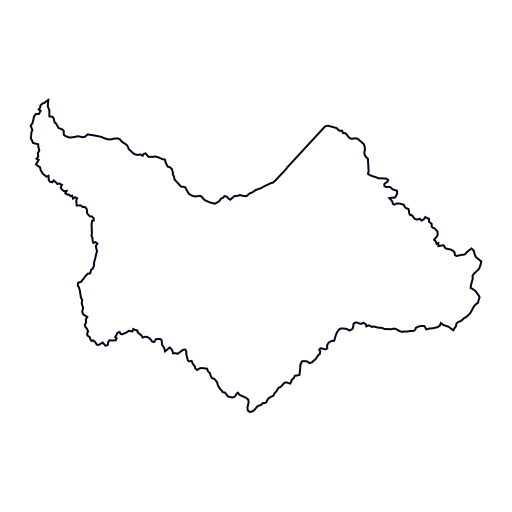 Araguapaz, Goiás, Brazil (Natural Earth projection)
{"feature_id": "56859067B52575065331829", "entity_name": "Araguapaz", "entity_type": "district", "adm_level": 2, "iso_a3": "BRA", "parent_name": "Brazil", "parent_adm1": "Goiás", "projection": "natural_earth1", "projection_center": [-50.464, -15.136], "detail": "fine", "context": "isolated", "style": "outline", "palette": "ink", "viewbox_px": 512, "rotation_deg": 0, "n_neighbors": 0, "source": "geoboundaries", "source_scale": "gbopen_adm2", "svg_char_len": 5992}
<svg xmlns="http://www.w3.org/2000/svg" viewBox="0 0 512 512"><path d="M325.0,126.5L287.5,167.1L286.5,168.6L284.6,170.7L275.0,180.9L272.9,182.7L271.2,183.0L264.0,186.4L261.1,188.1L255.7,190.0L253.8,191.4L251.6,192.7L249.7,193.4L246.5,196.1L243.1,195.9L239.7,195.0L237.6,195.9L234.4,196.1L230.3,199.7L228.7,198.7L226.7,196.6L224.5,196.1L223.1,197.7L220.9,198.7L219.2,201.2L216.8,202.7L214.8,203.7L210.0,202.5L205.5,200.5L203.6,199.2L201.7,196.7L199.9,195.8L195.2,196.5L192.4,195.8L189.0,194.0L186.1,189.1L185.4,187.4L183.8,186.9L181.1,186.6L174.6,179.6L174.0,176.5L172.9,174.5L172.9,172.6L171.9,169.1L170.1,167.4L167.7,166.6L165.7,162.7L165.0,159.6L162.1,159.0L158.0,157.2L155.2,156.5L153.3,156.8L148.4,156.8L145.6,153.4L143.6,154.0L142.6,155.8L140.3,154.4L138.2,154.9L136.3,154.7L134.0,153.9L128.7,149.1L128.1,147.1L127.0,145.4L125.6,144.1L123.2,142.6L121.3,141.1L119.7,139.1L117.7,138.4L114.0,138.6L110.4,139.5L107.4,139.2L105.0,138.5L101.0,136.8L95.7,135.7L87.7,134.4L84.7,136.9L82.2,137.2L78.8,136.3L76.8,136.3L75.2,136.9L69.8,137.6L66.0,136.3L64.1,135.2L63.7,133.2L63.7,130.8L62.1,129.3L58.6,128.1L56.2,123.7L54.5,122.2L53.8,118.7L52.5,116.8L49.4,116.4L49.3,110.0L47.8,106.5L48.3,100.0L46.7,101.0L44.4,102.9L42.5,103.5L40.4,105.4L40.3,107.4L38.7,109.5L40.6,110.7L38.9,114.0L35.9,113.9L34.1,116.3L32.6,122.9L30.7,125.8L32.4,130.1L31.5,132.0L30.8,138.4L32.1,140.6L32.9,142.9L38.2,144.3L38.3,146.9L39.3,150.4L37.8,153.3L38.3,156.6L36.5,158.7L38.7,159.9L36.0,164.3L38.1,166.2L39.9,167.1L40.8,170.5L42.9,173.8L46.5,176.7L48.5,175.8L48.8,180.1L50.0,181.8L52.3,182.3L53.7,180.4L55.8,182.2L57.4,184.0L59.4,183.5L62.0,184.9L60.7,187.0L61.6,189.2L64.1,191.2L66.6,190.9L65.3,193.3L67.3,194.6L68.9,194.5L70.5,196.1L72.2,195.7L73.0,198.6L75.1,197.3L77.1,198.2L76.3,200.1L76.4,202.5L76.7,205.5L80.7,205.4L82.8,207.0L84.9,207.0L86.5,208.7L87.0,210.4L86.9,212.6L88.0,214.5L90.1,216.5L91.8,216.4L93.7,218.4L93.7,220.5L92.1,220.8L91.6,224.5L91.9,233.2L91.5,235.6L92.5,238.2L92.5,240.1L93.3,242.9L95.5,242.1L97.4,243.6L95.8,246.0L96.4,249.1L97.1,251.3L96.4,253.1L95.0,259.3L94.1,262.3L94.0,265.5L92.7,268.8L91.1,269.8L90.2,273.4L87.7,273.7L85.5,276.1L81.2,281.7L78.1,282.8L77.7,285.5L78.8,287.0L79.8,290.3L80.9,297.5L82.2,300.0L81.7,303.5L83.1,307.8L82.2,311.7L83.1,314.3L87.3,317.0L85.9,319.2L86.1,322.5L84.8,324.9L85.5,327.1L87.0,328.8L88.1,331.4L87.1,333.4L87.4,335.5L89.7,337.1L90.4,339.3L91.5,341.0L93.1,340.3L95.3,342.2L96.8,344.7L98.9,344.9L102.7,342.5L105.4,345.7L107.7,345.1L108.1,342.2L109.5,340.3L112.2,340.5L115.7,340.3L116.6,338.2L115.2,337.2L116.3,335.3L117.3,333.0L119.6,331.9L120.6,334.0L122.2,334.3L126.6,332.4L128.9,330.8L132.4,331.4L133.3,329.0L134.9,329.9L137.4,330.5L137.7,332.4L141.3,335.3L142.6,337.5L144.5,336.9L147.2,336.9L149.9,338.6L152.3,341.7L154.2,342.0L156.0,339.1L160.3,339.0L161.6,340.2L162.1,344.9L164.1,347.7L165.0,351.4L169.7,347.5L171.3,348.9L172.4,350.9L173.1,353.4L175.9,353.2L177.5,353.8L183.3,349.7L185.4,349.6L186.4,351.8L186.2,353.8L187.8,360.2L189.1,361.4L191.6,360.9L192.4,362.9L193.5,364.8L194.8,366.2L195.2,368.4L197.1,370.0L199.6,368.4L201.8,368.0L207.1,368.7L207.9,371.2L209.9,373.2L210.7,375.7L211.9,378.2L214.0,378.7L215.8,380.5L217.0,382.2L218.1,385.7L220.0,388.9L221.6,390.5L222.7,392.2L224.8,392.5L226.4,394.3L227.8,396.4L232.2,397.5L234.0,397.1L235.6,395.6L236.6,393.7L238.0,392.7L239.4,394.8L246.2,397.9L248.3,399.7L248.6,402.4L247.4,407.8L247.9,410.6L249.9,412.0L252.6,411.3L254.4,410.0L257.5,406.2L261.4,404.7L262.6,403.2L264.5,403.1L266.1,402.5L268.1,398.7L270.6,397.0L273.3,395.8L274.7,393.0L276.1,391.7L278.7,387.7L280.8,386.8L284.1,383.1L286.1,382.3L290.1,383.6L291.1,382.0L291.8,379.8L293.6,378.3L294.9,375.7L297.2,375.5L299.5,374.8L300.3,367.5L300.2,365.5L301.0,363.2L302.0,361.3L304.5,361.1L307.3,361.5L309.4,363.1L312.0,362.4L313.5,360.8L315.4,359.4L318.4,355.1L319.9,353.8L320.2,351.2L319.2,349.7L320.6,348.2L325.6,349.4L327.2,348.3L327.1,345.2L328.8,342.5L331.5,341.0L334.2,340.7L336.0,334.5L337.6,331.3L339.4,329.3L341.2,328.4L344.3,328.6L346.8,329.0L348.2,329.9L349.9,330.5L352.6,328.8L353.3,326.2L353.5,323.8L355.4,322.5L357.6,322.7L359.5,323.6L361.5,323.8L363.3,322.7L365.8,324.3L366.4,326.4L368.3,325.4L370.2,325.8L371.7,326.9L373.9,326.5L378.3,327.7L381.9,327.8L384.4,329.0L391.4,329.2L393.7,328.6L395.9,329.0L400.0,331.3L402.6,331.9L404.7,331.4L406.8,331.6L410.1,331.0L413.6,330.9L415.2,329.7L415.9,327.8L418.8,326.5L421.0,325.9L424.4,326.0L426.3,329.4L429.0,328.6L433.4,328.2L437.3,327.2L439.7,325.9L440.9,323.0L443.0,324.8L448.8,326.9L453.3,330.3L454.2,328.6L455.8,326.6L456.6,323.2L458.2,322.0L461.1,320.9L464.2,318.0L466.0,317.2L468.1,315.4L470.4,312.9L474.1,306.1L475.9,304.3L478.1,302.6L478.6,300.1L479.6,297.4L478.7,295.5L475.3,290.9L472.8,289.1L470.7,288.0L470.9,285.4L472.8,278.3L472.5,276.2L473.4,274.4L474.7,273.0L479.2,268.7L480.7,264.1L481.3,261.5L475.7,256.9L474.6,254.0L473.8,250.8L471.5,248.5L466.8,252.1L465.4,254.0L463.8,254.7L461.4,254.9L456.5,256.0L454.8,254.9L454.7,252.7L453.4,251.1L451.1,249.7L445.5,248.4L443.5,245.2L438.4,246.1L438.3,243.0L436.6,243.8L435.8,241.5L434.1,239.8L436.9,236.4L437.7,234.6L437.5,231.6L434.6,228.3L432.9,227.8L431.7,226.6L431.7,223.9L429.0,221.7L429.0,218.8L427.2,218.2L425.3,217.0L423.9,219.2L421.6,220.6L419.8,218.8L417.1,219.6L414.5,218.7L411.9,215.1L410.2,215.1L409.1,213.1L409.0,211.0L408.4,208.9L406.1,208.2L404.8,207.0L403.7,204.7L399.5,203.5L396.4,203.5L394.4,204.7L392.9,203.9L392.3,201.5L389.4,198.1L392.3,197.7L394.7,197.7L396.0,196.1L397.2,193.3L396.9,190.7L392.4,189.2L390.4,187.2L388.7,186.8L386.7,187.1L384.6,186.3L384.2,184.3L385.5,183.0L387.2,182.0L388.2,180.1L386.3,178.6L380.9,178.3L378.9,178.4L374.7,176.8L372.2,176.1L369.7,175.0L368.0,173.9L368.6,171.2L367.9,158.7L365.8,156.9L364.6,154.7L364.3,152.1L365.0,149.9L364.6,146.4L363.9,144.2L357.7,138.8L356.0,138.3L351.2,138.8L349.2,137.8L346.5,134.3L345.1,133.1L343.1,133.1L342.0,130.7L339.6,130.8L338.1,129.7L336.7,128.1L328.7,125.9L326.7,125.9L325.0,126.5Z" fill="none" stroke="#020617" stroke-width="2"/></svg>